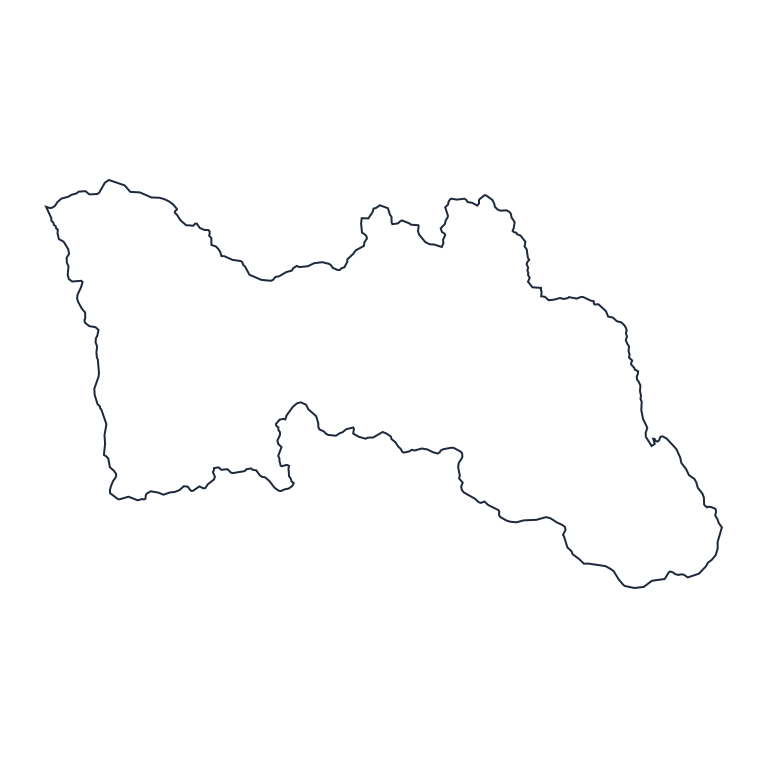 the district of Urubamba, Cusco, Peru
{"feature_id": "86281439B1367773994122", "entity_name": "Urubamba", "entity_type": "district", "adm_level": 2, "iso_a3": "PER", "parent_name": "Peru", "parent_adm1": "Cusco", "projection": "mercator", "projection_center": [-72.303, -13.268], "detail": "fine", "context": "isolated", "style": "outline", "palette": "slate", "viewbox_px": 768, "rotation_deg": 0, "n_neighbors": 0, "source": "geoboundaries", "source_scale": "gbopen_adm2", "svg_char_len": 6043}
<svg xmlns="http://www.w3.org/2000/svg" viewBox="0 0 768 768"><path d="M687.8,577.4L698.9,573.7L705.9,566.4L707.9,562.7L711.7,559.9L715.7,555.1L717.7,548.4L717.6,542.0L721.9,527.4L718.7,523.0L717.6,519.5L715.2,515.4L716.1,511.6L715.5,508.9L711.7,507.2L708.3,506.7L707.0,507.4L704.7,505.4L704.1,504.4L703.9,497.6L702.4,493.6L697.8,487.8L696.3,482.4L694.4,478.9L689.0,475.2L686.1,469.1L681.4,463.0L680.2,457.5L676.4,449.1L666.6,438.5L662.6,436.4L660.5,436.7L659.2,440.1L657.7,441.5L656.0,441.2L654.5,438.9L653.2,438.7L654.7,443.9L651.7,446.0L645.8,436.8L645.7,432.7L647.3,427.8L643.0,418.8L641.3,410.1L641.7,401.9L640.5,398.7L641.0,395.8L640.0,391.2L640.4,385.4L638.3,381.0L637.1,379.8L636.7,376.6L637.9,374.0L638.1,371.3L634.8,369.6L634.4,368.1L631.3,364.6L631.0,363.5L632.2,360.5L629.0,357.5L629.6,354.3L628.6,351.4L629.0,346.4L627.0,343.3L625.8,340.0L627.0,336.6L625.9,333.0L626.7,330.6L625.9,327.9L624.7,325.7L621.4,322.4L616.8,321.2L612.9,317.6L608.1,316.5L605.9,311.1L598.5,304.3L594.6,304.5L593.9,303.7L593.7,301.2L590.7,300.6L583.3,297.1L581.1,296.9L576.7,298.6L568.9,297.1L567.8,298.1L563.5,299.0L560.1,298.0L553.8,299.7L548.6,300.2L544.9,296.8L541.2,296.3L541.6,291.7L541.0,290.5L541.0,287.9L532.4,287.3L528.0,281.7L529.7,277.9L528.0,274.9L528.3,272.9L527.4,270.2L528.2,267.7L526.6,264.2L527.3,262.1L529.2,259.8L527.9,257.9L526.7,249.5L524.6,246.3L525.4,241.8L520.6,235.6L517.1,234.3L516.3,232.8L513.9,232.1L512.6,230.9L513.7,228.2L514.7,222.2L511.6,217.6L510.8,213.7L509.3,211.8L506.4,210.3L500.5,210.7L497.6,209.5L494.9,206.8L494.2,203.6L492.4,200.0L486.6,195.7L484.6,195.2L479.6,199.1L479.0,200.2L479.0,203.4L477.2,205.6L472.4,202.9L467.5,202.0L466.5,200.1L464.5,198.7L456.7,199.6L451.5,198.7L450.2,199.3L448.7,201.4L448.0,204.6L445.2,207.3L447.9,215.6L447.7,217.3L445.6,220.7L444.9,224.0L440.7,228.3L441.9,231.9L444.6,233.7L445.2,235.2L443.0,239.8L443.4,243.2L441.8,247.0L434.0,244.5L429.7,244.3L425.2,242.0L419.1,234.6L418.0,231.4L418.7,226.2L418.2,225.2L411.0,224.7L409.4,223.4L401.9,220.4L399.6,221.7L398.2,223.3L392.4,224.2L391.6,222.4L391.5,216.8L390.0,214.8L387.9,208.2L379.8,205.3L376.1,207.9L373.6,208.6L372.6,212.0L368.4,218.4L361.7,218.2L361.1,223.6L362.0,232.6L365.5,235.0L366.6,236.6L366.9,238.6L364.4,242.3L363.9,245.9L355.7,250.4L353.3,253.8L347.4,259.3L347.3,261.7L344.5,267.2L341.5,268.2L339.9,269.9L337.7,270.0L332.7,267.8L331.1,265.4L329.2,263.9L322.3,262.2L314.1,263.2L308.0,266.2L299.4,267.1L296.8,265.9L293.1,268.3L292.0,270.5L286.2,272.1L279.1,276.3L275.5,276.9L273.0,279.9L270.8,280.8L261.1,279.8L249.4,274.7L245.2,266.8L243.1,264.8L242.3,262.2L240.9,261.1L232.6,259.9L224.4,256.2L221.4,256.0L220.3,252.0L218.1,248.7L215.9,246.5L211.4,244.9L211.3,238.0L209.2,235.8L209.8,231.9L208.6,230.1L204.3,229.9L199.9,228.0L196.6,223.5L195.0,223.8L193.2,225.7L186.1,225.2L180.4,220.2L177.2,215.1L174.8,212.6L175.0,211.3L177.0,209.4L176.8,208.7L173.0,204.3L169.0,201.4L164.2,199.1L159.1,197.7L151.6,197.5L139.8,192.4L130.3,191.9L124.7,185.4L111.3,180.8L108.8,180.0L104.8,182.8L99.2,192.7L97.3,194.0L90.1,194.4L88.8,194.0L85.6,191.2L78.8,191.6L76.3,193.5L71.8,194.7L68.1,196.8L61.4,198.6L57.3,202.2L54.9,206.0L51.9,207.8L50.1,208.1L46.1,206.8L51.3,218.1L51.4,220.7L53.4,222.8L53.8,224.8L55.7,226.2L56.1,228.3L57.8,229.6L57.5,233.4L58.9,239.1L63.6,241.7L68.2,249.1L69.1,253.9L66.6,257.7L66.9,262.8L68.5,266.2L67.7,274.8L68.9,279.1L72.2,281.5L81.4,280.8L82.6,282.1L81.1,287.0L77.5,294.9L77.1,298.6L78.2,302.0L81.9,308.8L85.1,312.4L85.3,317.9L84.4,320.1L85.0,322.7L89.2,326.1L95.5,327.2L98.5,329.9L97.3,335.8L95.9,338.3L95.6,342.3L97.1,346.5L96.4,352.3L96.9,357.7L97.8,359.4L99.0,373.1L98.6,376.5L94.3,388.7L94.7,395.1L97.6,404.2L99.8,406.2L100.2,408.2L101.5,410.0L106.4,424.2L104.5,435.3L105.1,443.7L103.9,454.9L106.6,456.6L108.3,458.6L109.9,467.2L114.1,471.0L116.1,473.9L116.2,475.9L115.4,477.8L113.1,481.0L110.9,486.3L109.9,490.3L110.1,493.2L118.1,499.2L119.6,499.3L128.5,496.7L137.7,500.3L142.3,499.0L143.9,499.5L145.5,498.6L145.8,495.2L146.6,493.7L150.7,491.3L158.3,492.6L163.4,494.7L170.1,492.4L174.6,492.0L179.4,490.1L183.9,486.2L187.8,486.7L190.4,490.3L191.8,491.0L193.2,490.7L199.4,486.4L203.3,488.3L205.3,488.1L207.9,484.2L214.0,479.5L214.9,476.7L212.9,472.1L214.0,469.9L214.0,468.2L217.3,467.5L218.9,467.5L221.2,469.8L227.5,469.2L230.9,472.6L232.8,473.1L244.7,471.1L246.3,469.3L251.1,468.4L252.6,469.8L256.3,470.4L259.7,475.2L261.9,476.8L265.3,477.4L269.6,481.3L274.4,487.6L278.8,490.8L281.2,491.0L284.2,489.5L288.7,488.5L292.3,486.0L293.7,483.1L291.7,481.6L290.5,478.1L289.1,476.4L288.5,468.4L289.1,465.8L286.7,464.9L281.8,466.2L280.7,465.7L279.5,461.1L279.4,458.3L278.2,455.9L281.5,447.1L278.2,443.9L277.4,440.5L279.9,435.3L280.0,433.3L279.8,431.8L278.5,430.3L278.3,427.4L276.3,425.8L275.9,424.0L279.7,419.6L283.4,418.9L285.3,419.4L286.7,415.2L292.9,406.8L296.9,403.4L300.8,402.3L306.1,404.7L308.3,409.3L316.2,416.2L318.2,423.0L318.4,427.3L319.4,429.4L323.8,431.4L326.1,433.9L328.5,435.0L336.0,435.7L339.6,433.3L342.6,432.2L346.2,429.2L353.2,427.5L353.9,428.7L353.2,433.6L358.9,436.8L365.5,438.7L368.1,437.6L373.2,437.5L382.6,432.0L386.4,433.5L390.9,436.6L391.5,439.0L395.6,442.5L398.1,446.4L400.9,449.1L402.1,451.6L403.7,452.6L409.3,451.4L411.8,449.8L414.6,450.5L421.8,448.5L427.2,449.4L432.9,452.2L437.6,453.5L439.7,452.4L440.7,450.5L443.4,449.2L451.4,447.7L453.7,447.9L460.8,451.7L462.2,453.5L462.3,457.4L458.8,462.9L458.1,466.9L459.8,475.5L459.1,478.4L462.7,482.7L461.2,486.4L461.8,490.0L463.9,492.5L474.9,498.7L478.7,502.2L480.9,502.9L484.5,501.5L488.0,504.9L498.6,510.2L499.2,511.4L499.0,514.9L500.2,517.0L506.4,520.5L510.2,521.7L516.5,522.3L523.5,520.4L536.5,519.8L546.1,517.1L550.5,518.3L557.0,522.5L562.6,525.1L564.9,527.0L565.6,529.8L563.0,534.9L564.0,536.4L567.4,547.4L571.6,551.4L572.6,554.2L579.2,559.1L583.9,563.7L588.4,563.6L605.4,566.1L610.7,569.0L613.6,571.1L618.5,579.1L623.4,585.0L624.9,586.0L634.3,588.0L643.8,586.9L651.8,580.8L664.7,579.0L668.8,572.3L670.0,571.5L673.0,572.4L674.9,574.0L678.3,574.9L682.0,574.3L684.1,574.9L687.8,577.4Z" fill="none" stroke="#1e293b" stroke-width="2"/></svg>